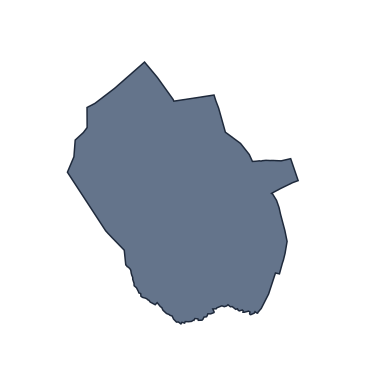 Santa Inés del Monte, Oaxaca, Mexico, rotated 334°
{"feature_id": "50627088B35228848025668", "entity_name": "Santa Inés del Monte", "entity_type": "district", "adm_level": 2, "iso_a3": "MEX", "parent_name": "Mexico", "parent_adm1": "Oaxaca", "projection": "natural_earth1", "projection_center": [-96.856, 16.922], "detail": "fine", "context": "isolated", "style": "filled", "palette": "slate", "viewbox_px": 384, "rotation_deg": 334, "n_neighbors": 0, "source": "geoboundaries", "source_scale": "gbopen_adm2", "svg_char_len": 1932}
<svg xmlns="http://www.w3.org/2000/svg" viewBox="0 0 384 384"><g transform="rotate(334 192 192)"><path d="M167.8,64.9L143.6,69.8L134.7,70.0L126.0,88.1L120.5,90.9L109.8,94.1L101.3,108.6L88.7,119.6L97.4,189.1L98.1,191.4L98.2,191.9L100.3,198.5L105.6,214.6L100.5,228.5L100.9,229.2L101.0,230.6L101.8,231.7L102.5,233.6L102.7,235.2L102.4,236.4L101.8,238.3L101.4,240.4L101.3,242.6L100.4,244.7L99.9,248.5L98.9,250.9L100.1,253.7L100.2,257.8L100.0,259.4L100.9,260.3L101.3,260.8L101.1,261.5L100.4,263.3L101.3,265.0L103.6,267.0L104.5,268.1L105.1,269.7L105.8,270.4L106.2,272.6L109.5,277.2L112.2,276.2L113.3,281.1L114.2,282.8L114.1,283.6L114.1,285.6L115.8,290.0L117.8,292.2L118.1,293.1L119.8,294.8L119.7,298.1L121.0,302.1L122.8,302.9L124.2,305.7L125.8,304.7L127.9,306.6L129.1,305.5L132.1,307.1L134.9,308.1L137.1,307.8L137.5,308.2L139.1,307.0L141.7,308.6L141.4,310.1L144.8,311.6L146.0,311.2L147.9,309.7L150.4,310.5L151.7,309.6L152.9,308.4L155.3,309.7L158.8,310.0L159.3,309.6L159.4,306.2L162.6,307.6L163.5,307.0L169.0,307.4L170.7,309.2L173.2,309.6L174.9,309.1L176.2,312.0L177.9,312.6L179.8,316.6L181.7,316.9L181.7,318.6L182.4,319.6L185.5,320.1L185.9,321.2L185.1,322.4L186.3,323.0L190.6,323.9L191.5,325.3L190.4,326.7L190.5,327.5L191.0,328.0L194.7,328.2L196.2,327.2L196.7,328.4L197.5,329.5L197.9,329.6L198.1,329.3L201.6,327.7L203.1,327.1L216.1,317.3L231.5,301.4L234.7,303.9L242.1,295.5L244.2,293.4L248.7,288.0L255.8,278.1L258.6,267.2L261.8,250.9L263.4,244.2L264.3,236.6L263.6,229.4L262.9,228.1L265.5,228.0L273.1,227.7L277.7,227.7L286.5,227.7L292.4,228.3L295.3,205.3L285.8,203.1L281.2,200.6L280.0,199.9L276.8,198.3L276.2,198.1L273.9,196.8L272.2,195.9L269.2,194.8L268.7,194.6L268.1,194.6L267.7,194.5L267.5,194.4L266.2,193.5L263.8,192.7L262.2,192.1L259.7,191.0L259.9,183.4L256.9,169.6L248.2,152.9L252.7,128.3L253.4,120.5L254.3,114.5L215.5,102.4L215.6,100.5L211.1,73.9L206.3,54.4L167.8,64.9Z" fill="#64748b" stroke="#1e293b" stroke-width="1.5"/></g></svg>